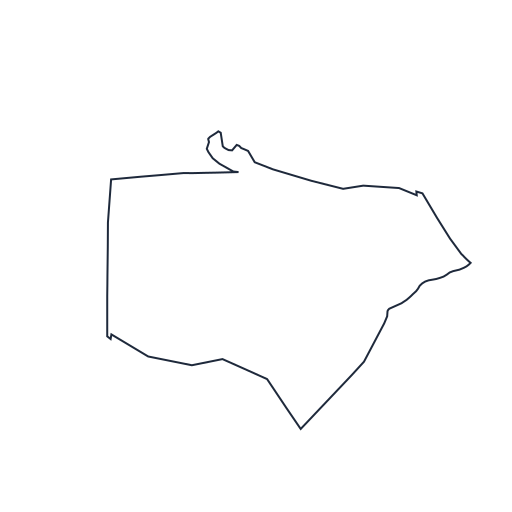 outline of San Cristóbal Suchixtlahuaca, Oaxaca, Mexico, rotated 45°
{"feature_id": "50627088B15644266114804", "entity_name": "San Cristóbal Suchixtlahuaca", "entity_type": "district", "adm_level": 2, "iso_a3": "MEX", "parent_name": "Mexico", "parent_adm1": "Oaxaca", "projection": "mercator", "projection_center": [-97.381, 17.726], "detail": "fine", "context": "isolated", "style": "outline", "palette": "slate", "viewbox_px": 512, "rotation_deg": 45, "n_neighbors": 0, "source": "geoboundaries", "source_scale": "gbopen_adm2", "svg_char_len": 1337}
<svg xmlns="http://www.w3.org/2000/svg" viewBox="0 0 512 512"><g transform="rotate(45 256 256)"><path d="M412.1,114.8L412.3,113.8L412.6,111.3L412.6,109.1L409.8,109.3L407.1,109.4L403.6,109.4L402.2,109.3L399.8,109.4L380.9,106.5L356.9,101.0L329.4,94.0L323.8,97.0L326.7,99.4L309.1,106.8L294.7,119.4L282.1,130.4L270.1,146.9L242.1,163.6L236.2,166.8L206.6,182.8L188.8,190.6L176.1,187.3L172.3,188.8L169.2,190.1L166.3,190.0L163.8,191.1L164.4,198.2L161.7,200.5L158.2,201.6L156.8,201.9L154.9,201.9L143.9,193.8L141.2,194.5L140.9,196.9L139.3,204.1L139.3,206.7L139.5,207.1L142.2,208.7L145.4,215.0L149.0,216.2L156.3,217.5L164.9,216.6L180.2,212.3L180.5,212.1L184.3,209.0L168.7,225.4L161.0,233.4L152.5,242.3L146.1,248.6L130.4,267.3L118.8,281.0L99.4,304.3L127.6,337.0L145.0,354.6L164.8,374.9L171.1,381.3L179.1,389.5L207.6,418.0L211.9,417.5L209.2,413.7L250.8,403.3L287.9,378.6L305.2,352.6L326.1,344.6L350.9,335.2L384.6,341.9L409.9,346.7L407.9,272.4L407.1,254.4L394.3,213.0L391.4,205.9L388.0,202.0L387.6,200.8L387.5,199.1L390.4,191.5L392.3,186.5L392.7,184.4L393.5,180.6L393.8,176.7L393.9,174.4L393.9,172.0L394.1,167.7L393.7,164.6L392.8,161.3L392.9,157.8L393.7,154.4L395.3,151.1L397.7,147.7L399.7,144.8L401.6,141.3L403.2,137.9L404.1,134.2L404.6,130.7L406.1,127.3L409.5,121.8L411.3,117.4L412.1,114.8Z" fill="none" stroke="#1e293b" stroke-width="2"/></g></svg>